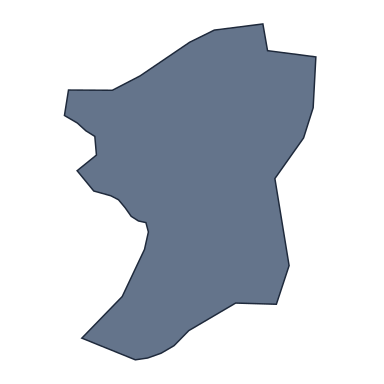 Domžale, orthographic projection, rotated 179°
{"feature_id": "SVN-205", "entity_name": "Domžale", "entity_type": "Municipality", "adm_level": 1, "iso_a3": "SVN", "parent_name": "Slovenia", "parent_adm1": "", "projection": "orthographic", "projection_center": [14.641, 46.152], "detail": "fine", "context": "isolated", "style": "filled", "palette": "slate", "viewbox_px": 384, "rotation_deg": 179, "n_neighbors": 0, "source": "natural_earth", "source_scale": "10m", "svg_char_len": 602}
<svg xmlns="http://www.w3.org/2000/svg" viewBox="0 0 384 384"><g transform="rotate(179 192 192)"><path d="M108.9,204.0L96.2,116.7L109.6,78.3L150.3,80.2L197.6,53.5L212.6,38.7L225.6,31.4L239.2,26.8L251.6,25.2L304.7,47.8L263.6,88.7L240.5,135.4L236.3,152.8L238.6,162.2L246.1,164.0L253.2,168.7L259.1,177.4L265.6,185.5L273.1,189.6L290.2,194.7L306.5,215.3L286.9,230.6L288.2,249.3L297.0,255.0L305.5,263.0L318.2,270.7L313.7,296.1L269.9,295.1L241.9,309.0L191.7,341.8L166.9,353.5L118.2,358.8L114.0,332.0L65.8,324.9L69.4,274.1L79.5,244.1L108.9,204.0Z" fill="#64748b" stroke="#1e293b" stroke-width="1.5"/></g></svg>